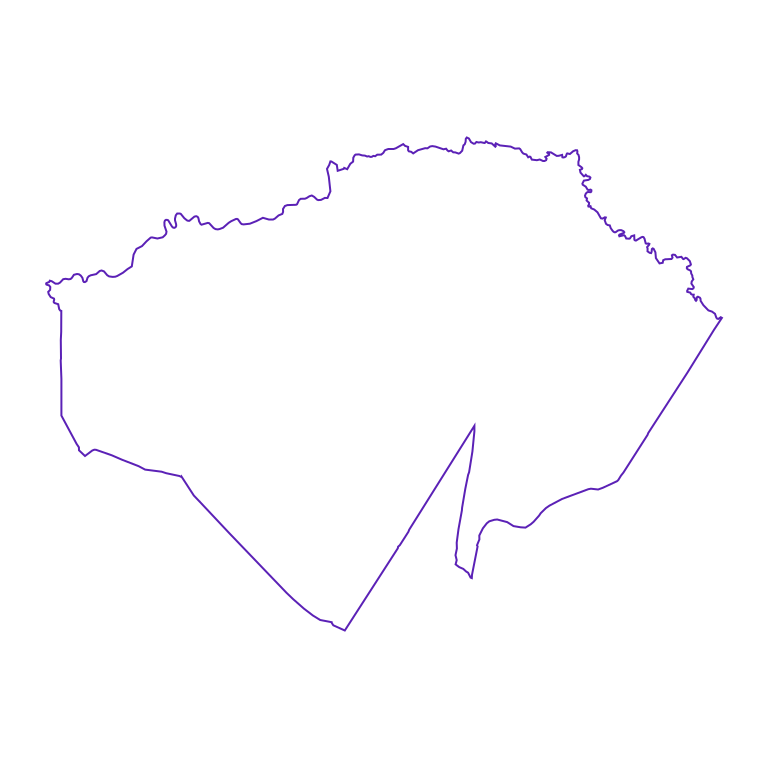 the district of Alfredo Baquerizo Moreno, Guayas, Ecuador
{"feature_id": "8360857B37279599451859", "entity_name": "Alfredo Baquerizo Moreno", "entity_type": "district", "adm_level": 2, "iso_a3": "ECU", "parent_name": "Ecuador", "parent_adm1": "Guayas", "projection": "mercator", "projection_center": [-79.533, -1.955], "detail": "fine", "context": "isolated", "style": "outline", "palette": "violet", "viewbox_px": 768, "rotation_deg": 0, "n_neighbors": 0, "source": "geoboundaries", "source_scale": "gbopen_adm2", "svg_char_len": 6071}
<svg xmlns="http://www.w3.org/2000/svg" viewBox="0 0 768 768"><path d="M721.9,317.9L720.7,317.2L718.4,318.9L717.2,318.7L716.3,317.6L715.0,313.8L712.0,311.6L708.4,310.4L703.4,305.2L700.6,300.8L700.5,298.8L699.9,297.7L697.9,296.7L696.8,297.4L696.6,300.1L696.0,300.8L695.3,300.1L694.7,298.3L693.3,296.7L693.7,294.7L692.0,294.6L691.0,294.0L690.3,292.6L687.3,291.9L687.1,291.0L688.3,288.6L692.2,289.1L693.4,288.4L693.8,287.1L691.4,283.6L691.7,281.5L693.3,279.3L692.4,277.1L692.3,275.5L691.2,273.5L691.0,271.3L690.1,270.4L687.5,269.2L686.8,268.1L687.0,266.9L690.4,265.3L690.9,264.4L689.8,261.1L687.0,258.3L685.7,257.8L683.6,259.1L683.0,258.9L681.4,256.8L677.1,257.5L675.0,254.9L673.0,254.6L671.9,255.3L672.5,257.7L671.5,259.0L665.2,259.3L663.2,260.2L662.7,262.8L659.5,263.4L655.9,258.1L655.4,252.3L653.6,248.8L652.7,248.4L651.9,249.0L651.6,251.9L651.1,253.1L649.6,252.8L647.5,251.3L647.6,248.6L647.1,247.1L649.1,244.8L649.4,243.9L648.6,243.5L646.7,243.7L645.7,243.4L644.5,238.7L643.5,237.1L642.6,236.9L641.5,237.2L635.9,240.6L634.7,240.2L634.4,239.7L634.2,235.4L631.4,236.2L630.0,238.4L629.2,238.7L626.2,238.5L625.1,236.1L624.0,235.2L619.4,236.3L619.0,235.3L619.5,234.6L624.0,232.8L624.3,232.2L623.5,231.2L621.4,230.2L619.9,230.1L618.2,230.4L615.6,232.2L614.6,232.3L613.6,231.8L612.6,230.8L610.7,228.1L609.8,225.4L607.6,225.0L606.0,223.8L604.7,220.2L605.8,217.5L604.9,217.3L602.5,218.6L600.9,218.3L597.5,212.3L594.2,209.5L591.2,208.3L590.5,206.2L589.3,206.7L588.4,206.5L588.2,205.7L589.0,204.4L589.1,202.8L586.6,200.5L587.0,198.4L585.4,197.2L585.0,195.7L585.7,193.8L586.7,192.6L587.9,192.0L590.7,192.2L591.3,191.6L591.4,190.2L590.6,189.6L588.9,190.0L587.6,189.7L585.8,186.7L582.7,184.7L582.4,183.6L583.9,180.6L588.4,179.9L590.0,178.9L590.4,177.5L589.4,176.6L587.1,176.2L585.8,174.8L584.5,176.2L583.8,176.3L580.5,172.6L579.9,169.8L581.9,169.1L582.3,168.2L581.5,167.2L578.4,165.0L578.4,161.8L579.1,159.4L579.1,157.2L578.5,154.9L577.2,153.5L577.4,151.4L577.1,150.3L575.6,150.2L573.2,151.2L569.9,154.0L567.2,153.4L566.7,154.0L565.9,156.4L564.7,157.2L563.2,157.5L562.4,157.3L562.1,154.9L558.7,155.8L556.7,155.9L551.0,152.4L547.7,152.2L547.3,152.7L549.1,154.0L549.1,154.9L545.3,157.0L546.6,158.8L546.1,160.2L544.5,161.0L543.0,161.0L539.8,159.5L536.9,160.2L531.8,159.6L530.4,156.8L529.6,156.6L528.2,157.3L526.4,154.5L523.4,153.6L522.2,152.4L520.2,149.1L519.2,148.4L514.9,148.6L510.7,146.6L499.8,145.4L495.8,143.3L495.3,144.2L495.8,146.1L495.3,146.7L491.7,143.4L488.3,143.0L486.3,141.5L485.9,141.4L485.1,142.7L484.4,143.0L480.8,142.2L478.7,142.5L476.4,142.0L474.9,143.6L473.6,143.7L471.0,142.1L468.9,138.5L466.8,137.5L465.8,138.8L465.6,141.8L464.7,144.3L463.4,145.4L462.2,150.7L460.0,153.0L458.7,153.6L455.3,152.4L453.2,152.3L451.1,150.5L448.7,151.3L447.6,150.6L446.1,148.7L443.5,149.3L435.5,146.6L432.3,146.1L430.1,146.5L427.5,148.3L425.1,148.2L418.0,150.2L413.2,153.4L411.2,151.8L408.8,151.3L408.1,150.2L408.1,146.9L405.1,145.9L403.2,144.1L395.8,148.3L393.6,149.0L388.3,149.0L386.3,149.7L384.9,150.3L383.3,152.9L381.2,154.6L377.2,154.7L375.2,156.2L373.3,155.9L371.8,156.8L370.4,156.9L368.7,156.2L367.1,156.5L364.9,155.6L362.2,155.4L359.0,154.4L355.5,154.6L354.6,155.4L353.3,157.7L353.1,161.6L350.3,163.8L347.2,169.2L344.2,167.9L343.8,168.8L337.7,170.8L336.8,164.9L331.4,161.5L330.4,161.4L329.2,165.0L327.0,168.9L328.8,176.7L330.4,191.3L327.5,198.0L324.9,197.9L321.0,199.9L318.2,200.1L317.0,199.6L314.2,196.9L311.8,195.5L309.5,196.2L306.7,198.0L305.0,198.7L300.7,198.8L299.0,200.1L297.0,204.3L296.0,204.8L287.4,205.1L284.9,206.0L283.0,209.0L283.1,211.9L282.3,213.9L278.6,215.4L274.8,218.7L273.1,219.5L268.8,219.5L262.9,217.8L256.4,221.1L249.9,223.7L243.6,224.4L241.7,224.1L240.7,223.2L237.9,219.3L237.0,218.9L235.9,219.0L231.2,221.2L228.7,222.8L223.1,227.7L219.7,229.0L217.8,229.4L215.5,229.1L213.6,228.0L209.2,223.2L207.8,222.9L201.5,224.7L200.6,224.1L199.1,221.4L198.4,218.1L197.6,216.8L196.2,216.2L194.4,216.6L189.4,220.8L188.1,220.8L187.0,220.4L184.3,218.2L180.8,213.9L179.8,213.5L177.2,213.5L175.8,215.3L175.0,218.6L175.0,220.3L176.1,224.2L176.2,225.9L175.7,227.0L174.6,227.8L173.3,227.7L172.0,226.6L168.2,220.3L167.1,219.9L165.9,219.9L164.9,220.6L164.4,222.2L164.5,225.7L166.5,231.6L166.1,233.8L164.9,235.3L162.7,237.3L157.4,238.5L152.0,237.4L150.7,237.6L146.5,241.3L142.0,246.1L136.5,248.9L133.6,254.6L131.8,266.4L127.5,269.1L123.0,272.7L117.2,276.0L115.3,276.7L112.7,276.9L109.1,276.4L107.2,275.2L104.0,271.4L101.6,270.5L99.7,271.0L96.2,274.1L90.7,275.3L88.7,276.3L87.5,277.8L86.5,281.1L84.9,282.1L83.9,282.0L83.3,281.3L82.4,277.8L80.8,275.6L79.0,274.3L77.0,274.0L73.9,274.8L71.9,277.8L70.6,279.0L68.7,279.3L65.6,278.8L63.2,279.2L60.0,282.6L58.1,283.7L55.5,283.7L51.7,281.2L49.8,280.7L49.3,281.9L46.4,283.1L46.1,283.9L46.5,284.6L49.1,285.4L50.3,287.0L50.1,289.9L48.2,291.9L48.7,294.0L50.7,297.1L54.0,298.6L54.2,299.7L53.7,301.5L53.8,302.3L54.5,303.0L58.2,304.2L59.2,309.1L60.2,310.5L61.3,310.9L61.2,331.9L60.8,340.1L61.0,358.5L60.7,360.4L61.4,378.9L61.4,415.6L76.6,443.9L78.9,447.3L79.0,450.3L85.0,456.0L92.3,450.5L94.3,449.7L96.0,449.8L111.8,455.3L122.2,459.8L138.7,466.2L145.1,469.6L161.6,471.7L166.2,473.2L179.4,476.0L181.5,477.0L181.6,476.7L193.8,495.5L199.8,501.8L200.6,501.4L200.0,502.0L229.5,533.4L286.6,592.9L293.2,599.2L303.9,608.6L312.9,615.5L320.2,620.0L331.7,622.2L331.8,623.0L333.3,625.3L344.8,630.5L397.8,548.3L398.1,546.7L399.8,545.2L408.4,531.8L409.2,529.7L474.4,425.8L474.4,431.3L472.4,451.6L469.1,472.2L468.1,474.9L465.3,488.8L462.1,507.7L461.9,510.4L458.5,529.1L456.7,542.7L456.9,548.5L455.5,555.2L456.7,560.1L455.6,564.4L459.2,567.1L463.3,568.9L466.1,571.5L468.1,572.7L470.6,577.6L471.8,578.1L472.0,574.8L477.6,546.4L477.0,545.3L479.4,539.4L479.3,535.5L482.9,528.3L486.8,523.3L489.3,521.3L494.3,519.8L497.2,519.5L507.2,522.1L513.5,526.1L520.7,527.3L525.5,527.6L530.7,524.3L533.6,521.8L539.1,515.6L540.7,513.2L545.9,508.1L549.5,505.6L562.2,498.9L588.3,489.2L590.9,488.7L598.1,489.5L602.8,487.8L617.2,481.1L618.3,480.0L621.0,475.6L623.4,472.6L647.6,434.8L648.2,433.1L687.5,372.5L714.0,329.8L721.9,317.9Z" fill="none" stroke="#5b21b6" stroke-width="2"/></svg>